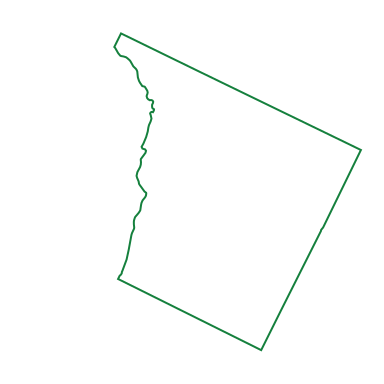 the district of Clayton, Iowa, United States of America, rotated 206°
{"feature_id": "52423323B1897708269800", "entity_name": "Clayton", "entity_type": "district", "adm_level": 2, "iso_a3": "USA", "parent_name": "United States of America", "parent_adm1": "Iowa", "projection": "albers", "projection_center": [-91.108, 42.863], "detail": "fine", "context": "isolated", "style": "outline", "palette": "green", "viewbox_px": 384, "rotation_deg": 206, "n_neighbors": 0, "source": "geoboundaries", "source_scale": "gbopen_adm2", "svg_char_len": 1448}
<svg xmlns="http://www.w3.org/2000/svg" viewBox="0 0 384 384"><g transform="rotate(206 192 192)"><path d="M58.6,303.8L236.8,303.4L325.3,303.4L325.4,288.3L324.2,287.8L319.2,284.4L316.3,283.1L315.4,283.1L313.0,283.8L310.4,284.2L308.7,283.9L305.8,283.1L304.6,282.5L299.8,279.2L296.4,278.1L295.1,277.3L294.0,276.3L290.9,271.3L288.4,268.7L286.6,267.4L283.1,265.4L280.8,265.9L280.2,265.7L276.6,263.4L275.5,262.1L275.1,260.6L275.0,259.1L274.7,258.1L273.4,256.7L271.9,256.1L270.1,256.0L269.2,256.7L267.9,256.9L267.4,256.8L266.5,256.2L266.1,255.0L266.1,252.9L265.5,251.6L264.9,250.6L264.1,249.9L262.4,249.7L262.0,248.5L262.1,246.6L263.0,246.5L263.6,246.1L264.1,245.1L264.0,244.1L262.9,243.1L260.6,240.2L260.1,237.2L260.0,233.3L259.5,230.9L258.3,227.0L257.3,221.3L256.9,214.3L257.1,210.5L255.6,209.3L252.8,209.7L251.4,208.9L251.0,206.8L252.4,199.2L252.2,198.5L250.9,196.4L250.0,194.1L249.6,191.7L249.8,185.9L248.9,182.2L247.6,180.7L244.6,178.1L243.3,176.3L242.6,175.7L234.9,171.6L232.9,171.2L232.4,170.5L232.1,169.5L231.8,168.5L231.8,167.2L232.0,165.9L232.7,163.0L232.7,161.9L232.6,160.0L232.1,158.0L230.5,153.0L230.5,152.1L230.8,149.8L232.1,144.7L232.1,143.8L231.7,141.2L231.2,139.7L230.1,137.5L228.4,134.8L228.0,133.6L227.9,128.7L227.6,126.8L223.6,112.5L221.2,102.7L220.0,90.7L220.0,89.6L219.5,88.0L219.7,86.4L220.3,85.1L220.3,81.4L60.5,80.2L60.1,125.4L59.0,213.4L59.3,214.6L58.6,217.6L58.6,303.8Z" fill="none" stroke="#15803d" stroke-width="2"/></g></svg>